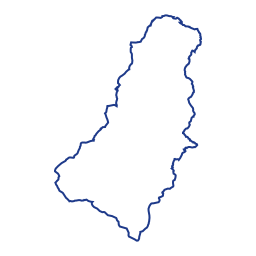 outline of Dragomiresti, Maramures, Romania
{"feature_id": "2599482B97078455585458", "entity_name": "Dragomiresti", "entity_type": "district", "adm_level": 2, "iso_a3": "ROU", "parent_name": "Romania", "parent_adm1": "Maramures", "projection": "equal_earth", "projection_center": [24.279, 47.603], "detail": "fine", "context": "isolated", "style": "outline", "palette": "blue", "viewbox_px": 256, "rotation_deg": 0, "n_neighbors": 0, "source": "geoboundaries", "source_scale": "gbopen_adm2", "svg_char_len": 5828}
<svg xmlns="http://www.w3.org/2000/svg" viewBox="0 0 256 256"><path d="M151.8,203.4L153.5,203.3L158.6,202.2L159.3,201.2L159.6,200.4L159.5,199.4L158.9,198.4L158.9,197.9L159.1,197.5L161.4,196.7L162.9,195.8L163.2,193.3L162.9,193.0L162.3,192.8L162.3,192.4L162.6,192.0L163.6,191.2L164.5,189.8L167.8,188.6L169.9,188.8L170.6,188.1L173.2,186.5L173.4,185.7L173.0,183.0L173.1,181.1L173.6,180.4L174.6,180.1L174.7,179.9L175.4,177.8L175.7,175.6L175.5,175.0L174.9,174.4L173.6,173.6L173.3,171.8L173.3,171.5L173.8,170.9L173.7,170.5L172.7,169.3L171.8,168.6L172.3,168.3L172.4,167.9L172.7,167.7L172.0,166.9L172.1,166.6L172.5,166.5L172.4,165.8L172.7,165.8L172.9,165.5L173.2,164.0L172.9,163.5L173.6,161.4L174.4,159.9L174.5,159.0L175.0,158.9L175.7,159.4L178.0,159.2L178.5,159.4L178.8,159.9L180.2,158.0L181.9,154.7L182.1,153.7L182.6,152.9L184.7,152.0L184.9,151.7L184.8,151.2L185.4,151.0L185.2,150.4L184.0,149.9L183.8,149.4L185.0,149.1L185.4,147.9L185.9,147.6L186.6,147.7L186.9,148.0L187.4,147.5L188.6,147.0L189.9,147.0L192.1,147.5L193.5,147.3L194.1,147.0L194.9,147.2L196.2,146.2L197.2,145.0L196.8,144.1L195.3,143.6L195.1,143.1L194.2,142.4L193.3,142.6L193.0,141.9L191.9,141.6L190.9,140.7L190.0,140.6L189.9,140.3L190.1,140.0L190.1,139.6L189.5,138.9L188.5,138.7L188.1,137.6L187.4,136.9L185.9,136.8L185.5,135.6L184.4,134.5L183.9,133.5L183.0,133.2L183.0,132.5L184.3,130.8L184.4,130.3L185.7,128.9L186.3,128.5L187.5,128.4L188.9,126.7L189.8,124.8L189.3,123.9L189.3,122.4L190.8,121.2L191.6,117.9L192.5,117.0L193.6,116.7L193.5,115.9L194.7,114.5L194.7,114.0L194.6,113.2L193.7,112.0L193.1,110.8L193.2,109.3L192.9,108.0L190.9,105.5L189.2,102.8L188.6,100.3L188.2,99.5L188.4,98.7L189.4,97.7L191.2,96.7L191.7,95.7L192.6,94.3L192.9,93.0L193.8,92.3L193.7,91.6L194.0,91.0L193.2,88.2L192.9,87.6L192.9,86.7L193.2,86.6L193.1,86.2L192.4,84.5L191.8,83.8L192.3,82.6L192.4,81.6L190.0,79.0L188.6,78.1L186.9,77.7L186.4,77.4L185.0,74.4L185.2,73.4L185.0,72.5L185.2,71.5L184.7,70.6L184.7,69.2L185.3,67.3L186.3,66.2L186.5,65.5L187.9,64.5L188.3,63.9L188.8,63.7L189.5,61.5L189.5,59.4L188.9,59.0L189.0,58.7L188.7,58.6L188.6,58.4L189.2,57.5L189.2,56.8L191.2,54.7L191.3,54.2L191.2,52.7L191.7,51.9L192.2,50.7L192.3,50.6L193.4,50.9L194.7,52.0L194.8,51.2L195.2,50.5L195.3,49.8L196.8,48.4L196.8,47.6L197.2,46.4L197.7,46.2L198.1,45.4L199.7,45.0L200.2,44.8L200.4,44.5L200.3,44.1L200.6,43.5L200.5,42.9L200.9,41.9L200.3,41.0L200.1,40.0L201.0,39.1L200.9,38.1L200.4,37.5L200.7,37.1L200.6,36.3L200.2,35.6L200.3,35.3L200.3,34.4L200.1,33.5L199.0,32.5L198.9,31.9L197.8,30.2L197.4,28.9L195.7,29.0L194.7,29.4L191.2,28.0L190.1,27.4L189.7,26.9L189.3,27.1L188.3,26.5L185.5,26.3L184.8,25.6L184.0,25.0L182.9,25.0L182.0,24.0L180.3,23.2L179.8,22.6L181.8,22.4L181.8,21.8L180.8,20.8L180.6,20.4L180.1,20.1L178.5,18.4L177.9,18.2L177.4,17.8L176.9,17.8L175.9,18.7L173.7,18.4L173.2,18.2L172.9,17.4L173.3,17.0L172.4,16.9L171.0,16.2L169.2,16.1L166.9,15.4L165.2,15.4L163.9,16.0L162.4,16.1L162.4,16.5L162.2,17.0L160.7,17.9L158.7,17.6L156.2,17.5L153.4,20.4L153.2,20.2L152.5,21.3L152.1,21.1L151.1,23.6L151.1,24.1L150.8,24.4L150.8,24.8L150.6,24.8L150.5,25.7L149.5,25.8L147.7,27.4L147.0,30.5L146.5,31.2L146.5,31.7L145.8,32.3L145.3,34.2L144.9,34.8L145.0,35.0L144.6,36.6L143.6,38.0L142.0,39.1L140.7,41.7L139.0,42.1L137.8,42.1L137.1,42.4L135.5,42.6L131.1,42.4L130.5,44.9L131.4,45.6L131.9,47.0L131.2,47.4L130.9,47.7L130.7,49.0L130.7,51.2L130.8,52.2L131.7,53.5L131.9,54.7L131.9,57.7L132.4,60.6L132.1,63.1L131.8,63.7L130.8,64.4L129.5,66.4L129.2,67.6L129.3,68.2L129.1,68.7L129.3,69.4L128.5,69.7L126.2,71.7L124.6,73.7L122.1,75.6L120.4,76.6L119.2,78.0L118.2,80.1L118.0,82.0L118.1,83.3L118.6,83.6L119.8,85.0L119.2,85.5L118.6,86.7L117.9,86.9L117.9,87.1L117.4,87.0L117.2,87.2L117.6,87.7L117.2,88.2L116.7,88.4L116.2,88.3L115.8,88.7L116.6,88.9L116.6,89.4L116.2,89.3L116.1,89.6L116.7,90.0L116.8,89.1L117.0,89.1L117.7,90.4L117.7,90.7L116.8,92.1L116.2,95.1L116.7,96.7L116.6,97.1L117.2,98.6L116.7,100.7L116.5,100.9L116.1,103.2L116.5,104.3L116.8,105.3L116.7,106.2L114.9,105.1L113.9,104.9L109.1,105.9L107.4,106.0L107.2,107.0L107.3,107.5L106.7,109.3L106.3,111.9L106.0,112.4L105.4,112.8L105.0,113.5L105.5,114.1L106.5,117.5L107.3,119.3L107.9,121.3L108.1,122.6L105.5,125.9L105.1,127.0L102.6,127.2L101.5,128.4L101.1,128.4L101.0,129.0L100.6,129.1L100.7,129.5L100.4,129.8L98.5,131.3L96.2,134.0L95.6,135.2L94.6,136.0L94.4,137.0L93.2,139.1L93.2,139.4L93.9,139.8L93.7,140.7L93.0,140.6L93.0,140.3L93.5,139.9L93.3,139.8L92.9,140.0L92.4,140.7L90.4,141.1L86.8,142.5L85.3,142.7L84.5,142.5L82.4,142.5L81.3,142.9L80.8,143.6L80.6,145.7L79.9,146.9L79.9,147.9L78.6,150.3L77.5,153.3L76.4,154.4L75.7,154.7L74.5,155.7L74.2,156.1L74.1,157.2L73.9,157.6L73.3,157.8L69.9,157.4L68.6,157.8L67.3,159.0L66.4,159.4L66.0,159.9L65.9,160.4L65.3,161.0L61.6,163.1L58.2,166.0L55.7,168.6L55.0,170.5L55.0,171.3L55.3,171.6L58.0,173.6L58.6,174.6L59.3,176.2L58.5,177.4L58.5,178.9L58.3,179.6L56.8,181.1L55.8,182.3L55.4,182.6L56.1,184.6L57.1,185.9L57.8,187.7L58.7,188.8L58.8,189.5L59.6,190.9L62.3,192.5L62.9,193.0L66.0,197.8L67.2,198.8L69.2,200.9L69.4,201.3L70.5,201.0L71.4,201.3L72.9,201.3L74.2,201.0L74.9,200.6L76.0,200.6L78.8,200.1L79.9,200.1L81.4,200.6L83.2,200.5L83.6,200.4L84.1,199.9L84.9,200.1L86.1,199.7L86.6,199.7L88.1,200.8L89.0,201.2L91.4,201.8L92.5,201.9L92.0,202.5L91.8,203.1L91.9,204.1L92.6,205.6L94.1,207.1L97.2,208.6L99.7,211.0L102.3,212.2L103.9,212.0L104.7,212.2L107.8,215.2L112.1,216.1L116.2,218.0L116.5,218.5L116.8,219.7L117.3,220.6L118.5,221.7L118.8,224.8L119.8,226.5L126.7,228.5L128.7,232.8L128.5,235.3L128.9,236.5L134.6,239.3L136.6,240.6L137.8,240.6L138.2,240.3L139.0,238.9L139.2,238.0L139.2,237.0L140.3,233.1L140.3,231.9L142.7,231.2L145.4,228.6L146.9,227.6L147.8,226.0L148.2,224.6L148.7,223.7L148.8,222.4L149.1,221.6L149.5,217.8L149.4,215.4L148.6,210.9L148.5,208.8L149.4,206.2L150.1,205.0L151.1,203.7L151.8,203.4Z" fill="none" stroke="#1e3a8a" stroke-width="2"/></svg>